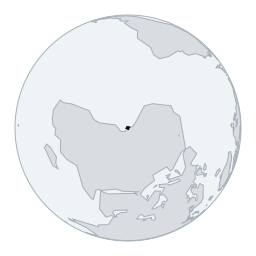 Bayelsa highlighted on a globe, orthographic projection, rotated 128°
{"feature_id": "NGA-2845", "entity_name": "Bayelsa", "entity_type": "State", "adm_level": 1, "iso_a3": "NGA", "parent_name": "Nigeria", "parent_adm1": "", "projection": "orthographic", "projection_center": [6.155, 4.833], "detail": "medium", "context": "on_globe", "style": "filled", "palette": "ink", "viewbox_px": 256, "rotation_deg": 128, "n_neighbors": 0, "source": "natural_earth", "source_scale": "10m", "svg_char_len": 8200}
<svg xmlns="http://www.w3.org/2000/svg" viewBox="0 0 256 256"><g transform="rotate(128 128 128)"><circle cx="128" cy="128" r="113" fill="#eef3f6" stroke="#a8b0b8"/><path d="M86.2,23.4L88.4,22.6L90.6,21.8L92.6,21.1L93.3,20.9L90.2,22.0L89.4,22.2L88.8,22.5L87.0,23.2L88.3,22.7L84.4,24.3L89.3,22.5L87.1,23.6L84.2,24.8L83.2,24.9L75.7,28.2L86.2,23.4ZM67.1,33.3L63.7,36.0L60.7,38.2L57.6,40.9L59.8,39.4L63.0,36.8L66.4,35.0L69.9,32.4L71.8,31.5L75.9,29.0L76.7,29.3L75.2,30.9L71.8,33.1L71.0,34.0L75.4,32.0L70.1,36.6L68.6,40.7L67.1,42.1L62.1,44.2L59.3,43.6L52.8,47.6L58.4,45.0L54.5,49.1L54.4,50.0L55.5,49.9L57.5,48.5L56.4,50.1L50.6,52.9L51.4,51.4L53.3,50.5L51.9,50.4L47.9,52.9L46.3,55.1L42.0,57.7L40.8,59.4L39.2,61.2L41.4,58.1L37.3,63.8L32.0,69.8L26.3,80.7L30.4,72.0L30.9,70.8L35.7,63.5L41.0,56.5L46.8,49.9L53.1,43.9L59.9,38.3L67.1,33.3ZM19.5,97.8L19.3,98.5L17.5,106.4L16.8,110.7L17.2,110.0L17.5,112.3L18.8,107.9L20.4,105.8L19.3,112.3L21.1,106.6L21.4,110.0L25.4,110.6L24.7,112.0L27.9,120.6L33.3,124.9L34.5,129.9L33.7,132.8L36.0,133.9L36.0,135.9L46.9,140.2L53.9,145.8L54.6,152.6L50.6,159.9L51.5,175.9L45.5,180.3L47.0,186.6L47.5,195.3L43.6,194.0L47.8,198.8L48.1,201.3L46.4,201.1L48.7,204.3L47.6,204.0L50.2,206.4L52.4,210.0L56.4,213.5L59.0,216.4L61.8,218.4L61.3,218.2L61.8,218.8L63.2,219.9L59.9,217.7L54.4,213.2L52.2,211.1L51.5,210.5L46.4,205.0L47.1,206.0L39.7,197.1L35.1,189.9L25.0,168.1L23.0,163.4L20.0,157.6L16.1,140.4L15.8,133.9L15.5,130.6L16.4,121.6L17.1,112.7L17.0,111.3L16.4,114.4L16.9,109.6L19.5,97.8ZM24.6,84.4L23.8,90.6L22.7,90.8L23.2,89.9L23.7,87.5L24.1,85.1L23.5,86.0L24.6,84.4ZM27.8,78.7L27.8,78.1L28.0,78.2L27.8,78.7ZM75.2,29.2L75.6,29.1L74.6,29.6L75.2,29.2ZM76.7,28.2L75.4,28.8L75.9,28.5L76.7,28.1L76.7,28.2ZM78.2,27.6L77.0,27.8L77.9,27.3L81.7,25.5L78.2,27.6ZM89.9,22.0L88.7,22.4L89.0,22.3L89.9,22.0ZM96.9,19.7L97.4,19.6L96.1,20.0L93.4,20.8L96.9,19.7ZM95.7,20.1L97.7,19.6L96.9,19.9L93.8,20.7L95.7,20.1ZM95.0,21.1L94.8,21.0L96.4,20.4L95.0,21.1ZM98.6,19.3L98.8,19.2L99.5,19.1L100.6,18.8L98.6,19.3ZM103.6,18.1L100.1,19.1L100.2,19.3L98.8,19.8L98.9,19.3L103.6,18.1ZM102.8,18.2L103.0,18.2L101.1,18.7L99.8,19.0L102.8,18.2ZM104.0,18.1L104.8,17.8L104.2,18.0L104.0,18.1ZM107.0,17.4L105.9,17.7L104.9,17.8L107.0,17.4ZM107.3,17.3L108.6,17.1L105.3,17.7L106.9,17.4L107.3,17.3ZM111.1,16.8L107.2,17.6L105.2,17.9L109.2,17.1L111.1,16.8ZM66.8,222.1L60.8,218.4L63.5,220.1L62.0,218.7L66.4,221.4L66.8,222.1ZM63.8,218.5L64.0,217.9L65.1,218.5L65.2,219.1L63.8,218.5ZM236.4,97.3L235.7,95.2L236.2,97.3L234.9,93.2L231.5,85.3L231.5,88.3L232.2,99.7L234.4,110.4L233.7,115.4L228.0,100.6L224.2,90.7L222.8,91.8L216.3,84.1L207.1,84.6L205.2,82.2L203.6,83.6L198.9,81.4L195.6,77.5L193.1,78.0L201.6,88.4L204.2,87.9L205.5,83.5L207.5,87.4L211.9,90.6L209.3,100.7L194.6,110.8L192.1,102.9L175.4,82.6L175.3,80.2L175.2,80.0L174.9,79.5L174.5,83.4L171.2,79.5L181.3,93.5L183.5,99.9L194.5,111.3L193.7,112.6L196.9,115.0L205.8,111.2L206.1,113.9L202.6,126.8L189.2,145.1L190.4,156.7L188.4,166.7L178.8,173.8L178.3,181.4L173.1,184.4L172.0,188.7L167.1,193.5L159.4,198.1L147.7,198.7L148.0,194.8L143.8,187.5L138.3,169.3L142.3,160.6L141.7,154.0L133.2,139.7L135.1,131.4L132.6,128.1L127.5,129.1L124.4,125.2L121.2,125.2L100.6,128.7L93.7,123.6L84.1,107.9L87.4,101.5L86.9,94.3L108.9,69.9L114.7,71.0L133.2,67.4L135.8,68.2L134.8,73.5L149.8,79.4L153.1,74.8L165.4,77.9L172.8,77.5L173.2,67.6L161.1,68.1L157.8,63.5L166.5,59.1L176.8,59.4L175.9,57.7L168.3,54.1L169.6,51.0L165.5,52.6L168.0,54.3L165.5,55.5L163.1,54.2L163.6,53.0L160.2,52.4L158.4,58.6L160.7,60.9L152.4,62.4L155.4,66.6L153.5,68.7L147.7,62.5L147.5,60.2L137.6,54.2L137.1,56.7L146.4,62.7L143.9,62.3L143.3,66.3L141.9,63.0L131.8,56.3L123.6,58.3L115.0,68.5L109.8,69.6L104.6,68.0L105.9,58.1L117.4,56.8L118.0,53.8L114.1,49.9L117.9,50.0L117.8,48.4L121.9,47.9L126.3,44.0L130.3,43.4L130.5,38.9L132.6,38.1L131.9,40.9L133.5,42.7L143.3,42.1L144.8,41.1L144.1,38.4L146.9,38.8L145.0,36.2L150.0,35.1L142.4,34.6L141.5,32.0L143.6,30.0L142.0,29.1L138.5,32.5L138.3,34.0L140.3,35.3L138.6,40.1L135.6,41.0L132.2,36.1L127.5,37.2L126.9,33.4L136.8,25.8L141.6,24.6L152.7,27.3L152.4,28.7L148.3,28.3L153.5,30.8L152.4,29.6L154.7,30.1L154.4,28.2L156.0,28.5L152.9,26.3L154.9,26.4L156.8,27.8L158.0,25.6L161.6,25.8L161.1,25.2L159.5,24.5L165.2,25.5L164.6,25.1L162.5,24.5L159.9,23.4L157.5,21.9L159.6,22.3L160.7,22.9L166.3,25.0L169.0,26.8L169.7,26.9L167.8,25.4L161.0,22.8L158.9,21.8L162.2,22.8L160.9,22.4L160.5,22.0L162.1,22.2L158.5,21.0L151.8,18.0L154.2,18.5L157.9,19.4L157.3,19.2L165.3,21.7L173.0,24.7L180.5,28.3L187.7,32.5L194.5,37.1L201.0,42.3L207.2,47.9L212.8,53.9L218.1,60.4L222.8,67.2L227.0,74.3L230.7,81.8L233.8,89.4L236.4,97.3ZM102.7,81.9L102.5,84.0L102.7,81.9ZM188.9,65.0L194.4,65.2L190.0,59.5L191.8,59.2L189.7,57.5L189.7,59.1L184.2,54.5L185.9,52.8L184.2,50.5L182.3,50.4L180.1,54.3L188.0,60.7L187.5,63.1L188.9,65.0ZM25.5,110.6L25.9,111.9L25.1,111.8L25.5,110.6ZM21.7,93.4L21.9,93.7L21.8,94.7L21.4,94.9L21.7,93.4ZM25.7,94.9L26.4,95.7L25.3,96.0L25.7,94.9ZM23.9,91.4L25.1,94.6L23.2,96.0L22.5,94.1L23.4,93.9L23.9,91.4ZM26.0,82.1L26.0,82.7L25.4,83.8L26.0,82.1ZM28.0,78.8L27.9,78.8L28.2,77.9L28.0,78.8ZM54.9,48.9L55.3,48.8L55.9,49.1L54.9,49.7L54.9,48.9ZM63.4,47.1L61.6,49.7L62.2,48.1L60.3,49.2L59.2,47.4L66.3,42.8L63.3,45.0L63.4,47.1ZM59.8,44.1L59.6,45.5L59.5,44.2L59.8,44.1ZM112.7,41.2L114.6,41.9L113.7,43.7L108.7,45.4L109.9,42.7L112.7,41.2ZM117.5,42.7L115.6,37.9L118.7,37.0L117.3,38.3L119.5,38.2L117.8,40.2L122.7,44.4L122.2,46.3L113.1,47.8L116.3,46.1L114.3,45.3L117.5,42.7ZM105.2,30.4L104.4,29.2L112.1,28.7L112.0,29.9L106.9,31.4L104.1,30.8L105.2,30.4ZM85.3,24.9L84.5,25.0L85.3,24.7L86.7,24.2L85.3,24.9ZM94.8,21.1L89.7,24.1L88.5,24.3L87.0,26.2L83.2,27.6L84.4,26.3L80.4,29.0L79.9,28.4L77.5,30.3L80.4,27.2L79.8,27.0L81.9,26.6L85.3,25.2L86.6,24.5L89.9,22.7L90.4,22.0L93.8,20.8L96.2,20.1L96.6,20.1L94.2,20.8L96.5,20.3L93.4,21.4L94.8,21.1ZM121.5,17.7L118.6,17.8L122.6,18.4L119.5,18.9L120.2,18.9L118.4,19.6L117.4,20.6L115.8,20.7L116.1,21.1L115.0,21.7L114.9,22.3L112.0,22.9L111.6,23.7L110.4,23.5L110.5,24.9L109.2,24.2L107.5,25.1L109.7,25.3L94.4,28.6L89.0,31.1L85.3,33.8L83.4,32.7L85.7,29.7L90.1,26.4L95.6,24.3L93.7,24.4L95.8,23.5L96.4,23.8L96.7,22.9L98.6,22.3L102.5,20.3L101.8,19.7L103.3,19.1L104.5,19.1L105.1,18.6L108.3,18.2L109.4,17.9L113.7,17.4L115.4,17.8L116.5,17.4L119.8,17.2L121.5,17.7ZM112.3,16.7L115.0,16.8L114.6,17.1L107.3,17.9L105.8,18.3L101.1,19.1L101.8,18.7L103.1,18.4L104.5,18.1L103.7,18.4L105.4,17.9L107.2,17.7L109.0,17.3L109.4,17.4L112.3,16.7ZM137.9,66.1L139.7,66.3L142.4,65.9L142.1,68.6L137.9,66.1ZM131.0,61.6L132.5,61.2L133.4,64.4L131.5,64.5L131.0,61.6ZM132.6,58.4L132.5,60.9L131.5,59.5L132.6,58.4ZM133.2,40.5L134.8,40.1L135.2,40.7L134.7,41.7L133.2,40.5ZM132.9,20.8L131.3,20.5L131.5,20.3L129.5,19.3L131.7,19.1L133.7,19.6L132.9,20.8ZM171.6,69.3L169.9,71.3L168.5,70.4L169.4,69.9L171.6,69.3ZM155.6,69.8L159.6,70.9L155.4,70.6L155.6,69.8ZM134.9,20.4L133.8,20.0L135.5,20.2L134.9,20.4ZM133.1,18.9L135.1,19.0L131.7,18.9L133.1,18.9ZM194.2,215.1L193.5,216.3L192.6,216.5L194.2,215.1ZM203.9,164.0L194.9,181.8L190.7,182.2L191.0,177.2L195.0,166.5L200.3,163.2L203.2,158.2L203.9,164.0ZM240.4,120.4L240.1,117.4L240.1,117.5L240.4,120.4ZM234.7,111.4L236.3,117.7L235.8,118.9L234.7,111.4ZM151.7,20.0L152.1,21.5L153.8,22.9L157.1,24.0L152.7,23.3L150.0,21.1L151.7,20.0ZM151.5,18.1L148.7,17.5L149.8,17.6L150.6,17.8L151.5,18.1ZM150.0,17.9L146.8,17.5L145.1,17.1L147.9,17.4L150.0,17.9ZM141.0,18.3L140.9,18.7L139.5,18.5L141.0,18.3Z" fill="#d9dde1" stroke="#a8b0b8" stroke-width="1"/><path d="M129.1,128.5L129.1,128.8L129.0,128.7L129.0,128.8L129.1,129.0L128.9,129.0L128.9,128.9L128.9,128.7L128.8,128.8L128.8,129.0L128.7,129.0L128.2,129.1L128.2,128.9L128.3,128.8L128.2,128.9L128.2,128.7L128.2,128.8L128.1,129.0L127.9,129.1L127.9,128.9L127.8,129.0L127.7,129.0L127.7,128.9L127.6,129.0L127.4,128.9L127.3,128.7L127.2,128.7L127.3,128.7L127.2,128.7L126.9,128.4L126.8,128.2L126.7,128.0L126.7,127.9L126.5,127.5L126.5,127.4L126.7,127.5L126.6,127.4L126.8,127.5L127.0,127.6L127.4,127.5L127.5,127.5L127.6,127.4L127.8,127.5L127.8,127.4L128.0,127.4L128.1,127.2L128.3,127.2L128.6,127.0L128.7,126.9L128.8,126.9L128.9,127.0L128.7,127.2L128.7,127.3L128.6,127.5L128.5,127.8L128.5,128.0L128.8,128.2L129.0,128.4L129.1,128.5Z" fill="#0f172a" stroke="#020617" stroke-width="1.5"/></g></svg>